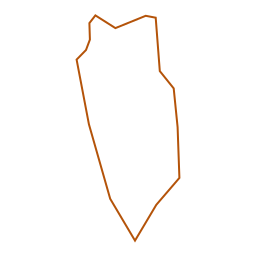 Bury, Albers equal-area conic projection
{"feature_id": "GBR-5679", "entity_name": "Bury", "entity_type": "Metropolitan Borough", "adm_level": 1, "iso_a3": "GBR", "parent_name": "United Kingdom", "parent_adm1": "", "projection": "albers", "projection_center": [-2.317, 53.586], "detail": "fine", "context": "isolated", "style": "outline", "palette": "amber", "viewbox_px": 256, "rotation_deg": 0, "n_neighbors": 0, "source": "natural_earth", "source_scale": "10m", "svg_char_len": 325}
<svg xmlns="http://www.w3.org/2000/svg" viewBox="0 0 256 256"><path d="M135.0,240.6L110.2,198.8L88.9,124.2L76.6,59.6L86.0,50.0L89.9,39.6L89.4,23.1L92.9,18.6L95.4,15.4L115.4,28.1L145.7,15.8L155.7,17.7L159.8,71.1L173.7,88.4L177.6,127.2L179.4,177.9L156.3,204.8L135.0,240.6Z" fill="none" stroke="#b45309" stroke-width="2"/></svg>